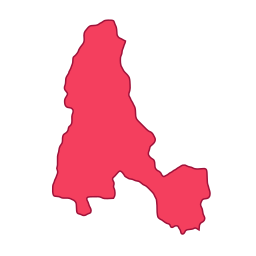 the district of Cevicos, Sánchez Ramírez, Dominican Republic, rotated 177°
{"feature_id": "3306468B8786854663218", "entity_name": "Cevicos", "entity_type": "district", "adm_level": 2, "iso_a3": "DOM", "parent_name": "Dominican Republic", "parent_adm1": "Sánchez Ramírez", "projection": "natural_earth1", "projection_center": [-70.001, 19.019], "detail": "fine", "context": "isolated", "style": "filled", "palette": "rose", "viewbox_px": 256, "rotation_deg": 177, "n_neighbors": 0, "source": "geoboundaries", "source_scale": "gbopen_adm2", "svg_char_len": 5755}
<svg xmlns="http://www.w3.org/2000/svg" viewBox="0 0 256 256"><g transform="rotate(177 128 128)"><path d="M82.6,25.8L81.8,24.5L81.3,23.6L81.0,22.7L80.6,20.8L80.3,20.0L80.0,19.7L79.6,19.4L79.2,19.3L78.8,19.3L78.4,19.4L77.7,19.8L76.9,20.8L76.1,22.2L75.8,22.5L75.0,23.0L74.1,23.3L69.4,23.7L68.4,23.9L66.9,24.5L66.1,24.6L65.7,24.5L64.9,24.2L62.4,22.5L61.8,26.6L61.5,27.7L61.2,28.1L60.7,28.9L60.0,29.5L58.0,30.6L57.3,31.2L56.7,31.9L56.5,32.3L56.2,33.2L56.1,33.7L56.2,34.8L57.4,37.9L57.6,39.0L58.0,42.3L58.2,43.4L59.4,46.5L59.5,47.6L59.5,48.1L59.3,49.1L58.9,50.0L58.1,51.6L57.6,52.3L57.2,52.6L56.8,52.9L55.9,53.2L52.9,53.5L51.9,53.8L51.1,54.3L50.5,55.0L50.0,55.8L49.7,56.9L49.5,58.6L49.6,59.8L49.8,61.0L50.4,63.4L50.8,65.5L51.3,67.3L51.5,68.4L51.6,69.6L51.6,72.6L51.5,79.1L51.6,80.8L51.8,81.8L52.0,82.3L52.3,82.7L52.6,83.0L53.0,83.2L54.0,83.5L54.9,83.5L60.2,83.4L61.8,83.5L62.8,83.7L64.3,84.1L65.9,85.0L66.7,85.4L69.1,86.1L70.0,86.4L72.4,87.7L72.9,87.9L73.8,88.0L75.3,88.0L76.2,87.7L76.7,87.5L78.6,86.4L80.4,85.5L82.7,84.0L84.5,83.2L86.8,81.7L88.6,80.9L90.9,79.3L93.7,78.0L94.4,77.7L94.9,77.7L95.2,77.8L95.6,78.0L96.2,78.6L96.7,79.3L97.7,81.5L98.6,82.5L99.3,83.1L100.5,83.8L101.3,84.4L101.9,85.1L102.5,85.9L102.9,86.8L103.1,87.9L103.2,92.3L103.4,93.3L103.7,94.2L103.9,94.6L104.2,95.0L106.4,96.7L107.5,97.8L108.1,98.6L108.7,99.6L108.9,100.1L109.0,100.6L109.0,101.7L108.8,102.7L107.9,104.9L107.2,107.3L106.9,108.1L106.3,108.8L104.9,109.9L103.7,110.9L103.0,111.6L102.3,112.5L101.8,113.4L101.5,114.4L101.4,115.5L101.5,116.0L101.8,117.0L103.2,120.1L103.5,120.6L104.0,121.4L104.7,122.1L105.4,122.7L107.1,123.6L108.0,124.2L109.6,125.7L117.4,134.4L118.4,135.7L119.0,136.7L119.2,137.2L119.5,138.4L119.7,139.5L119.7,145.5L119.8,146.7L120.0,147.9L120.3,148.9L121.3,151.1L122.1,153.1L123.5,155.7L124.2,157.7L125.0,159.4L125.4,160.3L125.4,160.9L125.4,161.9L125.3,162.4L125.0,163.3L124.5,164.6L124.2,165.6L124.0,166.7L123.8,167.9L123.7,170.9L123.7,174.5L123.8,176.2L124.1,178.0L124.5,179.0L125.1,180.0L126.1,181.4L128.4,184.0L129.4,185.4L131.5,190.0L131.7,190.5L131.9,191.6L132.1,193.3L132.1,195.5L132.0,197.2L131.8,198.9L131.5,199.9L130.5,202.1L130.2,203.1L129.8,205.3L129.5,206.3L128.3,209.0L127.6,210.9L126.5,213.2L126.2,214.1L126.0,215.0L127.8,216.0L129.8,217.3L131.9,218.4L132.6,219.0L133.2,219.8L133.7,220.7L133.9,221.2L134.1,222.4L134.1,223.5L134.2,227.1L134.4,228.9L134.7,230.0L135.6,232.3L136.2,234.4L136.6,235.4L136.9,235.8L137.3,236.0L138.0,236.3L139.1,236.5L141.8,236.7L143.4,236.7L144.9,236.6L145.9,236.4L146.7,236.0L148.7,234.8L150.5,234.0L152.4,232.8L153.3,232.5L154.8,232.2L159.3,232.1L160.3,231.9L161.2,231.5L162.0,230.9L162.8,230.2L163.9,229.0L165.7,227.0L166.2,226.1L166.7,225.1L166.9,224.0L167.1,222.9L167.1,219.0L167.2,217.8L167.4,216.8L167.8,215.7L168.6,214.4L171.4,211.1L172.3,209.8L172.9,208.9L173.7,207.0L174.6,205.6L175.3,204.8L176.4,203.6L177.1,203.0L178.5,201.9L178.8,201.6L179.0,201.2L179.3,200.2L179.7,196.6L180.0,195.5L180.1,195.1L181.1,192.8L182.1,190.4L184.0,187.1L184.2,186.2L184.7,185.3L186.5,182.7L187.0,181.8L187.4,180.7L187.6,179.7L188.0,176.3L188.2,175.3L188.5,174.3L189.2,172.6L189.3,172.1L189.4,171.1L189.2,170.0L188.8,169.1L187.1,166.7L186.7,165.8L186.7,165.3L186.7,164.8L187.1,163.9L188.8,161.4L189.3,160.5L189.5,160.0L189.8,158.9L189.9,157.8L189.9,156.7L189.8,155.5L189.6,154.5L189.2,153.5L188.6,152.7L187.9,152.1L187.0,151.7L184.3,151.1L183.5,150.7L182.8,150.1L182.5,149.7L182.0,148.9L181.9,147.8L182.0,146.8L182.3,145.9L183.0,144.2L183.4,142.6L183.5,140.9L183.6,138.1L183.8,136.5L184.1,135.4L184.3,135.0L184.8,134.2L185.4,133.5L186.7,132.5L187.2,131.8L187.5,130.9L188.0,129.0L188.2,128.6L188.7,127.8L189.7,126.7L192.0,125.3L192.7,124.7L193.2,123.9L193.4,123.4L193.7,122.4L193.9,121.3L194.1,118.6L194.3,117.5L194.4,117.0L194.9,116.0L196.8,113.4L197.5,111.9L197.8,110.9L198.5,107.7L199.4,105.1L199.8,103.4L199.9,102.2L200.2,96.8L200.3,95.0L200.5,93.9L201.0,92.2L201.2,91.4L201.0,90.5L200.7,89.3L200.5,88.4L200.6,87.4L200.6,86.9L200.9,86.0L201.7,84.2L202.5,82.3L203.9,79.7L204.6,77.7L205.7,75.5L206.0,74.5L206.2,73.3L206.4,70.3L206.5,68.5L206.4,66.8L206.2,65.8L206.1,65.3L205.9,64.8L205.6,64.4L205.2,64.0L204.3,63.7L201.3,63.2L200.3,63.0L198.3,62.0L197.4,61.6L195.8,61.4L192.0,61.2L190.4,60.9L189.1,60.4L185.8,58.6L185.1,57.9L184.5,57.2L184.0,56.3L183.8,55.7L183.6,54.6L183.6,53.4L183.6,48.2L183.5,47.1L183.2,46.1L182.9,45.7L182.2,45.1L179.7,44.2L177.8,43.2L176.9,43.0L175.9,43.0L175.4,43.1L174.5,43.4L173.0,44.2L170.6,45.0L169.8,45.5L169.6,46.0L169.3,46.9L169.2,47.9L169.4,48.9L169.5,49.4L170.7,52.1L171.0,53.1L171.7,55.7L172.7,58.1L172.8,58.6L172.9,59.5L172.7,60.0L172.5,60.4L172.1,60.8L171.7,61.0L170.8,61.2L169.2,61.3L161.8,61.0L160.7,60.9L159.6,60.6L158.5,60.2L156.6,59.2L155.0,58.8L152.1,58.6L146.2,58.6L145.2,60.2L144.8,61.1L144.7,61.6L144.5,62.6L144.4,64.1L144.5,65.7L144.6,66.7L144.8,67.6L145.4,69.3L145.5,70.2L145.4,71.0L144.9,72.7L144.9,73.8L145.0,74.6L145.2,75.0L145.7,76.2L146.0,77.1L146.1,77.8L145.9,78.5L145.6,79.1L143.5,80.9L140.6,83.9L139.5,84.9L138.7,85.3L138.2,85.4L137.8,85.3L137.4,85.1L136.7,84.6L135.8,83.6L134.7,82.0L133.8,80.4L133.6,80.0L132.9,79.4L130.6,77.9L129.8,77.4L128.9,77.1L126.5,76.6L125.6,76.2L123.6,75.2L122.7,74.9L120.8,74.4L119.9,74.1L119.4,73.8L118.6,73.2L115.8,70.7L113.6,69.5L112.8,68.9L111.6,67.8L110.5,66.6L107.5,63.2L106.1,61.4L105.6,60.5L104.8,58.5L104.0,56.7L103.6,55.8L103.4,55.3L103.3,54.1L103.2,52.3L103.1,49.3L103.3,42.6L103.2,40.4L103.1,39.3L102.9,38.2L102.8,37.7L102.3,36.8L102.0,36.5L101.3,35.8L100.5,35.2L98.9,34.3L96.0,31.9L95.1,31.3L94.3,30.8L92.6,30.2L91.9,29.8L91.3,29.2L90.6,27.4L90.4,27.1L90.2,26.8L89.8,26.6L89.5,26.5L88.7,26.5L88.0,26.8L86.5,27.6L85.7,27.8L84.8,27.8L84.0,27.7L83.2,27.2L82.8,26.5L82.6,25.8Z" fill="#f43f5e" stroke="#9f1239" stroke-width="1.5"/></g></svg>